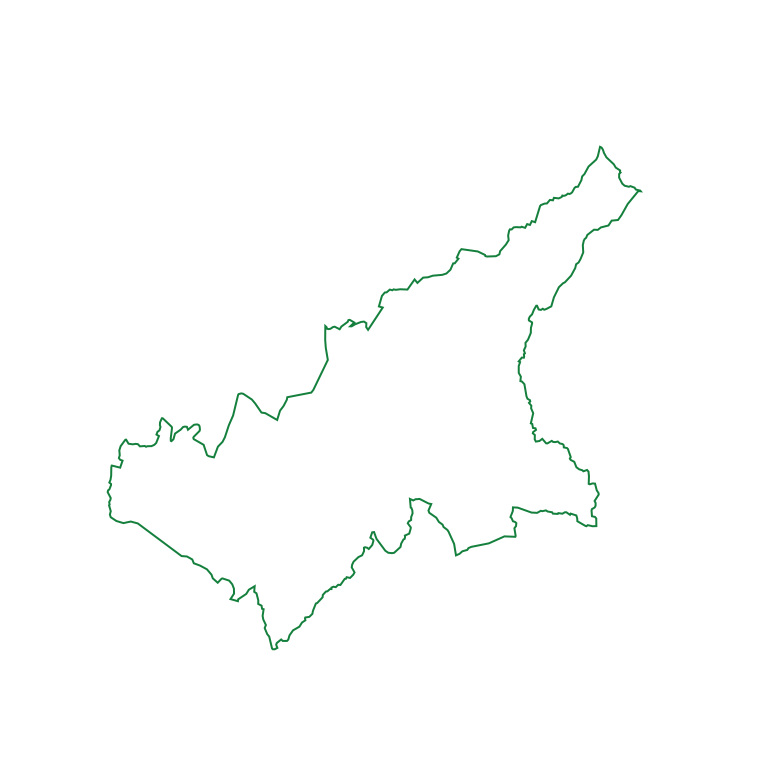 Atolinga, Zacatecas, Mexico (Natural Earth projection), rotated 195°
{"feature_id": "50627088B11442495571788", "entity_name": "Atolinga", "entity_type": "district", "adm_level": 2, "iso_a3": "MEX", "parent_name": "Mexico", "parent_adm1": "Zacatecas", "projection": "natural_earth1", "projection_center": [-103.443, 21.766], "detail": "fine", "context": "isolated", "style": "outline", "palette": "green", "viewbox_px": 768, "rotation_deg": 195, "n_neighbors": 0, "source": "geoboundaries", "source_scale": "gbopen_adm2", "svg_char_len": 6163}
<svg xmlns="http://www.w3.org/2000/svg" viewBox="0 0 768 768"><g transform="rotate(195 384 384)"><path d="M185.9,636.6L186.6,637.1L191.0,637.0L192.8,638.5L197.2,638.9L198.5,637.9L202.9,637.8L205.7,639.2L210.3,644.2L211.2,647.8L210.2,649.5L211.0,650.0L211.2,651.4L216.1,653.0L218.9,655.7L227.8,660.5L231.4,664.2L233.2,667.0L235.1,668.7L236.7,669.0L236.4,659.4L237.1,655.7L242.7,647.0L244.7,638.7L246.3,635.8L246.1,631.9L247.7,624.7L249.8,624.0L250.7,622.7L251.9,617.8L252.9,616.4L254.1,615.5L255.6,615.5L257.3,613.3L259.1,612.2L260.5,612.2L260.8,610.6L263.3,608.5L268.1,607.8L268.3,605.2L271.4,604.7L273.3,600.6L275.6,599.8L278.8,597.4L279.3,596.3L279.9,579.4L283.4,579.6L284.2,575.4L287.1,575.5L288.1,571.4L291.9,571.5L292.5,570.7L297.1,569.7L299.3,568.8L300.7,566.3L302.4,566.0L302.8,564.5L302.5,559.5L300.8,555.2L302.4,550.1L306.2,542.4L306.1,539.1L309.0,536.4L317.5,533.8L319.2,533.8L319.8,534.8L327.7,536.3L344.1,534.3L345.3,531.8L346.4,524.9L344.5,524.3L346.9,518.9L348.4,518.4L349.4,511.6L352.3,506.9L356.0,504.5L364.8,501.3L369.3,498.4L373.7,496.9L377.9,490.3L381.5,492.9L385.8,481.3L392.9,479.7L397.0,478.0L399.2,477.9L400.2,476.7L402.8,476.7L405.2,473.2L406.9,472.6L408.8,468.5L409.0,457.6L405.0,457.5L413.4,432.2L415.9,434.3L416.8,438.2L419.5,439.1L422.2,438.0L427.5,434.1L430.2,431.3L431.5,431.0L428.6,435.7L433.7,437.1L434.9,436.5L435.1,434.7L440.0,428.5L441.0,425.4L446.4,426.6L448.0,425.8L450.0,423.5L451.9,422.6L453.2,422.6L454.2,424.0L455.7,424.8L452.2,411.3L449.6,403.9L444.5,392.7L450.7,360.1L452.0,356.9L474.0,346.2L473.8,343.6L475.3,336.8L477.5,331.4L477.9,321.6L491.0,325.1L495.0,324.7L503.2,331.7L507.6,334.8L517.4,338.1L519.4,338.0L521.8,336.6L522.1,335.5L521.6,314.5L523.2,303.9L523.9,291.3L525.0,286.3L528.2,280.5L529.3,269.1L534.6,268.9L536.5,269.5L542.5,278.6L553.5,281.5L554.3,282.7L554.1,283.8L550.0,290.9L550.0,292.4L551.2,295.4L552.4,296.5L554.1,296.6L557.0,295.4L561.5,289.1L563.3,291.6L565.4,291.3L567.0,290.4L568.5,287.4L573.0,282.0L573.1,276.1L574.5,273.8L575.2,273.9L575.9,276.1L577.4,286.7L578.0,287.7L588.8,293.6L589.7,293.4L590.4,289.0L589.8,286.2L588.8,284.7L588.9,281.1L590.4,279.2L590.7,276.3L587.9,275.5L588.8,268.0L590.1,265.8L592.5,263.8L596.4,262.7L597.6,261.8L599.0,262.2L603.6,260.6L606.2,262.2L608.3,261.9L611.1,260.7L615.3,260.2L618.7,263.5L619.4,263.2L622.3,255.8L622.5,251.4L620.8,246.8L620.9,243.8L619.2,242.5L616.7,242.3L617.2,234.9L625.4,234.8L625.9,234.7L625.8,232.8L623.8,224.8L623.4,220.7L623.8,217.7L621.8,216.8L621.5,215.7L622.0,211.1L623.0,209.8L622.9,208.0L618.5,203.2L618.3,201.6L618.9,198.8L617.8,196.5L618.2,195.7L615.0,190.4L615.0,187.0L613.5,184.6L607.0,182.4L599.7,182.2L593.0,185.6L585.7,185.6L535.0,165.4L529.7,166.4L523.8,164.9L521.3,161.6L514.8,161.0L507.1,159.2L501.3,155.2L499.1,152.0L493.2,149.0L490.5,153.9L489.6,154.4L482.6,154.0L478.7,151.2L476.0,147.5L474.6,142.7L476.6,136.5L468.9,136.4L469.1,138.3L462.7,145.6L461.3,150.3L456.6,155.2L455.6,149.7L453.0,148.8L449.4,142.4L448.6,139.0L444.9,138.2L443.6,135.3L442.0,135.3L441.2,128.5L439.6,125.2L435.7,120.6L436.1,117.4L432.1,112.2L429.5,110.3L423.7,99.6L422.7,99.0L420.9,99.5L418.7,101.5L420.7,104.3L420.5,106.1L417.2,110.6L415.3,109.6L411.2,110.7L410.3,112.3L410.2,116.8L408.1,122.5L402.9,127.7L401.5,132.3L398.8,135.4L399.7,137.3L399.6,138.1L395.9,139.7L393.7,143.4L393.9,146.6L393.0,154.3L391.8,155.2L388.1,162.1L388.5,164.4L386.4,168.5L385.0,169.1L383.1,171.9L381.7,172.3L382.1,173.7L380.4,175.1L378.0,175.3L376.3,178.2L374.1,178.6L371.5,185.6L370.4,186.0L370.1,187.7L366.6,187.9L364.4,191.7L363.7,194.4L367.7,198.5L368.0,201.2L367.4,204.5L363.9,210.2L360.8,212.9L360.0,217.4L361.0,220.7L360.1,221.4L358.1,221.5L356.0,220.7L353.7,225.4L353.6,229.8L354.2,230.8L357.4,232.0L357.0,237.7L355.3,238.4L351.2,232.5L339.6,223.3L336.2,222.1L332.4,222.7L330.5,223.6L325.9,230.8L326.1,234.3L325.0,238.8L324.0,239.7L324.0,241.6L324.6,243.0L320.9,246.0L320.8,251.2L321.0,252.4L325.0,255.6L324.5,257.7L322.6,259.6L323.3,262.5L322.9,266.4L324.0,269.4L325.5,271.4L326.2,271.5L329.2,279.7L325.6,279.1L323.8,280.8L319.8,282.2L310.0,280.1L307.3,280.3L308.3,273.3L306.9,271.3L298.9,268.4L295.3,265.0L291.0,263.3L289.5,261.3L284.9,259.4L283.3,257.9L274.9,247.7L270.1,237.1L267.1,239.5L265.0,242.7L260.6,245.3L259.9,247.4L257.5,249.3L241.5,257.2L228.2,268.0L217.6,270.4L217.5,271.3L220.7,278.4L219.7,281.0L220.2,283.9L221.8,284.7L223.9,284.8L226.0,287.4L227.4,288.2L226.7,294.7L227.5,298.2L222.8,299.2L208.2,298.0L202.7,299.2L199.7,302.1L198.2,302.1L194.9,303.8L193.0,303.2L188.4,303.6L187.3,302.5L182.5,303.5L182.2,304.4L178.1,304.9L176.1,306.9L174.7,307.3L170.5,305.8L170.2,307.1L164.2,306.8L162.6,304.2L161.7,301.5L152.9,299.1L151.7,299.0L150.6,300.4L145.7,300.6L142.1,301.7L144.2,309.1L145.8,310.2L148.9,310.1L150.8,315.6L150.8,316.9L148.6,319.2L148.1,321.1L148.8,323.8L150.3,325.5L148.0,332.8L148.5,334.1L151.0,336.4L154.4,342.4L156.9,341.9L159.2,340.4L160.4,340.5L162.2,348.1L163.8,352.3L165.6,353.5L168.8,351.3L170.1,352.0L173.4,352.1L176.6,353.4L180.1,358.1L184.1,359.0L185.2,360.1L184.7,361.7L189.6,368.9L190.7,369.5L193.9,369.3L194.6,371.4L195.9,372.2L198.9,372.1L201.2,373.4L203.5,372.2L205.6,371.8L207.2,372.5L210.8,368.9L212.1,368.7L216.9,372.0L219.1,369.2L222.4,367.7L224.1,369.6L225.1,373.8L227.5,374.9L227.5,376.2L225.3,379.0L226.2,380.4L228.7,380.1L230.5,383.8L232.0,384.0L232.3,394.4L235.6,398.6L236.1,401.2L239.1,403.3L238.2,405.0L238.8,406.1L241.6,406.9L243.2,409.0L248.3,420.1L251.2,422.0L253.0,422.1L253.7,426.5L256.7,429.6L258.5,436.2L258.2,440.4L259.7,440.7L257.7,445.2L255.7,445.6L255.7,446.6L256.6,449.0L255.8,450.1L257.6,452.7L256.9,456.9L258.0,460.4L256.4,464.0L255.4,471.3L256.6,476.2L256.6,480.6L256.9,481.8L260.5,482.9L261.0,484.4L260.6,486.8L259.0,489.6L258.4,494.5L257.2,499.0L256.4,499.2L253.9,496.0L251.6,496.2L250.1,497.8L248.5,497.2L246.7,498.4L242.5,502.3L242.3,511.7L240.1,522.8L237.2,527.6L235.6,529.0L231.3,537.1L229.3,545.5L229.4,549.4L227.5,551.7L226.5,555.7L225.6,562.7L227.9,569.6L228.1,574.1L227.7,576.0L226.6,577.5L226.2,580.6L221.1,587.4L217.4,588.2L215.0,591.4L208.2,595.2L206.4,600.7L200.4,603.0L198.3,608.7L195.2,620.9L188.3,636.2L185.9,636.6Z" fill="none" stroke="#15803d" stroke-width="2"/></g></svg>